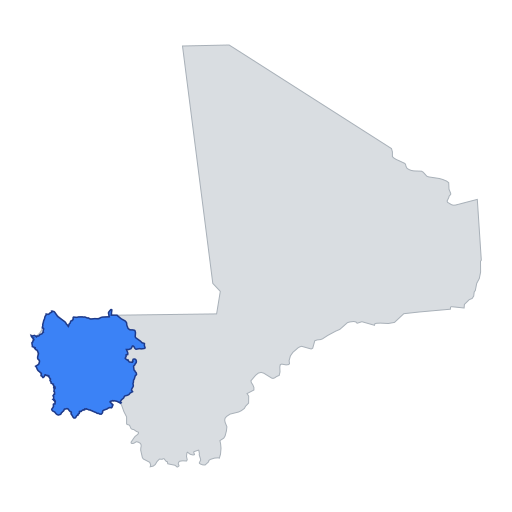 Kayes highlighted on a map of Mali
{"feature_id": "MLI-2793", "entity_name": "Kayes", "entity_type": "Region", "adm_level": 1, "iso_a3": "MLI", "parent_name": "Mali", "parent_adm1": "", "projection": "albers", "projection_center": [-10.556, 13.794], "detail": "fine", "context": "in_parent", "style": "filled", "palette": "blue", "viewbox_px": 512, "rotation_deg": 0, "n_neighbors": 0, "source": "natural_earth", "source_scale": "10m", "svg_char_len": 9321}
<svg xmlns="http://www.w3.org/2000/svg" viewBox="0 0 512 512"><path d="M55.0,403.3L55.2,401.2L53.4,399.7L53.3,399.0L54.4,392.8L54.3,391.2L55.0,388.0L53.8,386.6L53.6,385.6L50.7,381.5L49.8,378.1L48.3,375.8L44.9,375.1L43.6,377.0L42.9,377.3L41.6,375.9L41.1,374.7L41.1,373.6L36.7,368.2L37.0,365.4L38.7,363.8L39.4,361.4L37.7,358.5L38.0,355.8L37.8,351.9L35.2,348.6L33.5,347.0L32.1,344.7L33.3,339.3L30.7,334.7L35.6,336.6L37.9,334.9L40.1,332.6L42.0,329.5L42.8,325.7L43.2,322.4L45.1,317.2L47.5,314.8L52.2,311.3L53.5,311.6L61.4,319.2L65.8,323.1L67.4,325.1L68.9,325.1L71.1,321.4L73.4,318.2L74.3,317.4L82.2,317.0L86.3,317.6L89.9,318.5L95.1,318.8L108.6,316.3L108.8,314.8L108.6,313.0L109.2,311.6L110.3,310.4L111.3,310.1L111.7,314.4L112.8,315.0L116.1,315.2L216.6,313.9L220.3,291.4L212.8,283.4L182.5,46.0L229.1,45.0L237.3,50.2L391.5,148.6L392.4,151.9L392.4,156.6L393.7,157.9L395.9,159.3L404.7,163.4L405.5,164.2L405.9,166.1L407.0,168.3L408.9,169.5L411.1,170.4L413.7,170.9L421.5,171.2L423.2,172.2L426.8,176.2L428.7,176.9L439.3,178.5L442.8,179.5L446.6,181.1L448.7,182.7L449.0,189.2L450.7,193.4L450.7,194.4L449.1,196.2L448.8,197.5L447.1,201.0L447.5,202.3L451.3,204.6L453.2,205.2L455.3,205.1L477.3,199.4L481.3,260.2L480.5,261.2L480.6,272.1L479.3,278.5L476.7,283.4L475.3,290.5L474.2,292.0L473.7,296.1L472.1,298.5L469.3,299.6L464.4,304.4L464.1,308.0L451.8,306.7L451.0,306.8L450.5,307.3L450.4,309.2L419.1,312.0L403.8,313.7L394.5,322.4L388.3,323.5L380.4,323.1L376.3,323.3L374.8,323.8L374.5,325.3L361.9,321.7L357.3,323.2L356.5,322.8L355.9,321.9L353.6,321.5L350.1,321.9L347.5,322.6L339.8,329.4L335.6,331.2L327.8,335.4L322.4,338.9L320.4,339.6L317.3,339.9L314.8,340.7L312.7,348.2L311.2,349.0L301.6,346.3L299.7,346.9L298.1,347.8L292.9,352.3L290.4,355.9L289.1,360.6L289.5,363.7L288.6,364.6L286.1,364.9L281.7,364.1L280.3,364.6L279.8,366.9L280.0,371.9L279.2,375.4L276.6,376.5L274.6,377.9L273.0,378.4L271.7,378.1L263.8,373.2L261.2,372.4L258.3,373.1L255.6,375.3L250.9,380.8L251.4,382.7L252.8,384.8L253.9,387.5L253.9,390.0L247.0,393.6L248.7,396.1L248.6,403.1L245.5,406.3L244.4,408.4L241.3,410.7L238.6,412.0L230.1,414.1L226.6,416.4L225.1,418.2L224.7,420.1L225.1,422.3L226.9,426.8L226.4,431.0L225.1,435.9L223.8,438.1L219.9,440.6L220.6,443.8L221.0,448.3L220.5,454.2L219.3,458.2L218.4,457.8L214.5,458.1L210.4,459.4L208.9,460.4L208.6,461.8L205.1,465.0L202.8,464.9L200.6,464.1L199.4,463.3L199.3,462.8L200.6,460.2L200.6,459.3L199.2,454.8L199.4,453.7L198.8,450.3L198.5,450.1L193.9,451.7L193.7,452.3L194.5,454.5L194.0,454.9L192.4,454.9L190.1,454.2L187.5,452.2L186.9,452.9L186.7,454.5L186.5,456.4L187.2,459.7L186.6,461.0L182.6,460.8L179.4,461.3L178.6,462.5L178.2,463.9L179.0,465.4L178.9,466.0L177.6,467.0L176.9,466.9L175.1,465.3L167.8,463.8L167.2,461.5L166.3,461.5L164.0,458.7L163.0,458.8L162.2,459.3L159.4,459.1L157.0,461.6L155.2,464.6L153.2,466.1L150.2,466.8L150.7,464.9L149.7,462.3L143.4,459.0L142.4,457.7L140.7,450.2L140.8,448.0L141.2,446.0L141.0,444.5L140.3,443.3L138.4,442.2L136.4,441.7L133.9,443.2L132.8,443.5L131.6,443.4L131.1,442.9L131.1,442.1L133.8,438.1L135.1,436.4L137.7,434.4L138.4,433.4L138.5,432.6L138.2,432.1L136.4,431.4L133.7,429.5L132.2,429.3L131.0,428.5L129.7,425.6L129.1,425.0L127.8,424.7L126.6,424.0L126.6,416.9L123.9,411.6L121.5,404.9L120.3,403.3L118.1,402.0L115.5,401.0L113.1,400.8L110.5,401.6L110.5,402.2L112.0,404.4L112.3,405.6L112.0,406.7L111.5,407.5L108.0,408.3L103.2,410.8L101.6,413.6L100.5,414.0L98.7,413.6L86.0,408.8L80.7,410.9L77.3,415.2L76.4,416.6L74.8,417.7L73.9,417.8L73.0,417.0L69.3,410.6L67.7,409.0L65.7,409.0L64.0,410.0L62.2,412.2L60.0,414.1L58.6,414.7L57.3,414.4L52.1,410.1L51.9,409.2L54.2,404.1L55.0,403.3Z" fill="#d9dde1" stroke="#a8b0b8" stroke-width="1"/><path d="M43.1,377.6L42.9,377.6L42.6,377.3L42.2,376.3L41.0,375.7L41.0,375.4L41.4,373.9L41.4,373.4L41.2,373.1L40.5,372.8L39.9,372.0L38.3,370.8L37.8,370.2L37.2,369.2L36.9,368.2L36.3,367.1L35.9,366.5L35.6,366.2L37.9,364.9L38.9,363.9L39.3,362.7L39.5,361.5L39.5,360.9L39.3,360.4L38.8,359.8L37.9,359.0L37.6,358.2L37.6,357.0L38.2,354.9L38.5,353.7L38.4,353.1L37.4,350.7L37.1,350.2L36.7,350.0L35.7,349.6L35.1,348.9L34.8,348.5L35.2,348.4L35.4,348.0L35.2,347.7L32.3,346.6L32.3,345.4L31.9,343.0L32.0,342.5L32.8,342.0L32.9,341.0L33.8,340.0L33.9,339.5L33.2,339.1L33.1,338.8L33.5,338.0L32.7,337.9L32.3,337.7L31.9,337.0L31.4,336.5L31.2,335.7L31.6,335.9L32.2,336.0L32.8,335.9L34.0,335.5L34.6,335.4L35.0,335.7L36.2,336.7L36.5,336.9L36.7,336.5L36.9,336.1L37.1,335.9L37.6,336.1L38.1,336.1L38.7,335.9L39.2,335.6L39.8,334.7L40.2,334.4L41.3,334.1L41.8,333.9L42.2,333.5L42.6,332.9L42.9,332.4L43.4,332.2L43.1,331.6L43.1,331.4L43.3,330.4L43.6,329.5L43.7,328.9L43.6,328.5L43.4,328.2L43.1,328.0L42.9,328.0L42.6,328.1L42.3,327.9L42.4,326.9L42.8,325.8L42.8,325.5L42.7,324.8L42.8,324.2L43.3,322.7L43.6,320.9L44.5,318.9L44.9,316.9L45.3,316.0L46.0,315.2L46.1,314.0L46.9,314.1L47.6,314.3L48.3,314.4L49.1,314.0L50.1,312.9L50.6,312.7L51.6,312.3L51.9,312.0L51.9,311.6L51.6,311.1L51.9,311.0L53.4,311.4L54.1,311.6L54.8,312.3L57.3,316.0L57.8,316.6L64.8,321.7L65.6,322.6L66.4,324.1L67.4,325.1L68.3,326.5L68.6,326.0L69.0,324.4L69.2,323.9L70.0,323.2L70.3,322.8L70.5,321.7L70.7,321.2L71.2,320.8L72.0,320.7L72.3,320.2L73.0,319.7L73.2,319.1L73.1,317.9L73.2,317.4L73.5,317.1L74.0,317.1L75.6,317.3L76.8,317.4L78.8,316.9L79.3,317.0L79.7,316.9L82.5,316.9L83.3,317.1L84.6,317.0L85.0,317.0L87.3,318.0L88.3,317.9L89.9,318.8L90.5,319.0L91.6,319.0L94.8,318.6L98.0,318.8L99.0,318.6L100.6,317.7L101.1,317.4L102.5,317.1L109.3,316.8L108.5,313.4L108.5,312.6L108.9,311.9L110.6,309.8L111.1,309.5L111.8,309.8L111.8,310.7L111.5,312.6L111.3,315.2L117.0,315.2L117.6,315.8L120.4,318.1L121.2,318.8L125.1,320.9L126.3,322.3L126.6,323.0L126.8,325.2L128.1,328.5L129.9,329.8L132.8,329.9L134.6,330.3L135.0,330.8L135.5,332.7L135.2,336.8L135.8,337.8L140.4,341.1L142.1,342.8L144.1,343.3L144.5,343.7L144.3,345.2L145.1,347.9L144.2,348.5L141.2,348.9L139.7,348.6L137.7,348.9L136.5,349.2L135.7,349.1L134.9,348.4L134.1,346.9L133.5,346.2L132.9,345.9L132.3,346.1L131.7,347.5L130.8,348.8L129.7,349.1L128.8,349.5L126.4,349.5L127.7,352.6L127.8,353.2L127.8,353.8L127.7,354.6L127.3,354.7L126.8,354.5L126.2,354.7L126.0,355.1L126.2,356.1L126.0,356.6L125.7,357.1L125.6,357.6L125.2,358.1L125.3,358.4L125.4,358.6L126.3,359.4L127.1,359.7L127.4,360.3L127.6,360.4L127.8,360.4L128.1,360.1L128.9,361.6L129.4,362.0L131.8,362.3L132.5,362.3L132.8,361.6L132.4,361.5L132.5,361.1L132.9,360.2L133.0,359.5L133.2,359.2L133.7,359.1L134.7,359.0L135.4,359.3L136.0,359.9L136.3,360.8L136.4,361.2L136.2,362.7L135.3,363.7L134.7,365.0L133.9,365.7L133.6,366.1L133.6,366.7L134.0,370.0L134.7,370.6L134.9,370.9L135.2,371.7L136.0,372.5L136.3,373.0L136.5,374.1L136.5,374.6L136.2,375.0L135.5,375.4L135.3,375.7L134.6,377.8L134.4,378.8L133.6,380.0L133.5,380.6L133.4,382.4L133.0,383.4L133.0,383.8L133.3,385.3L133.3,386.0L133.0,386.8L131.8,388.8L131.6,389.5L131.5,390.2L131.8,390.6L132.2,391.0L132.6,391.7L130.2,393.0L129.8,393.4L129.1,394.4L128.0,395.0L126.7,395.5L125.5,395.7L124.5,396.2L123.6,398.0L121.4,399.9L120.2,402.0L121.2,402.7L120.7,403.2L117.4,401.5L116.2,401.1L114.1,400.7L113.7,400.7L113.3,401.0L112.4,400.6L112.2,400.7L111.7,401.0L110.4,401.3L110.0,401.8L110.1,402.1L111.1,403.1L111.8,403.5L112.0,404.2L112.7,404.5L112.9,404.6L112.9,405.0L112.8,405.5L112.5,406.0L112.2,406.1L112.3,406.7L112.1,407.1L111.5,407.8L109.8,407.5L109.3,407.6L108.2,408.1L107.2,408.9L104.0,410.0L103.1,410.6L102.7,411.0L102.5,411.5L102.6,412.5L102.4,412.9L101.4,414.1L99.9,414.1L99.4,413.9L98.6,413.4L98.3,413.3L97.3,413.4L96.8,413.1L95.8,412.4L94.8,412.1L93.8,411.6L92.9,411.3L92.0,410.7L91.0,410.5L90.1,409.9L89.2,409.9L88.7,409.8L87.7,409.3L86.8,409.2L86.5,408.8L86.2,408.7L85.2,409.1L85.0,409.4L84.7,409.1L84.5,409.5L83.8,409.7L83.8,410.1L83.4,410.0L83.1,409.8L81.7,410.8L81.3,411.4L79.9,411.3L79.4,411.5L79.4,411.8L79.6,412.4L79.3,412.6L79.3,413.4L78.8,413.8L78.2,414.0L77.9,414.4L78.1,415.0L77.1,415.5L76.6,415.8L76.4,416.1L76.0,417.0L75.7,417.5L75.4,417.8L75.0,418.0L73.9,418.0L73.1,417.2L71.9,415.0L71.2,414.2L71.1,413.9L71.1,413.7L71.4,412.9L71.3,412.1L70.8,411.7L70.1,411.4L69.5,410.9L68.3,409.2L67.9,408.8L67.2,408.6L66.6,408.6L65.4,409.0L64.8,409.0L64.4,409.1L64.2,409.4L63.8,410.6L63.5,411.0L62.6,411.6L62.0,412.4L61.4,412.7L61.2,413.5L60.9,414.0L60.5,414.4L59.6,414.6L58.7,415.0L58.2,415.0L57.0,414.5L56.0,413.7L54.9,412.2L54.4,411.8L52.7,411.0L52.2,410.5L51.7,409.4L52.2,408.5L52.9,407.7L53.5,406.6L53.5,405.9L53.3,404.8L53.4,404.2L53.8,403.9L54.5,404.0L55.0,403.9L55.1,402.6L55.3,401.8L55.3,401.2L55.0,400.7L54.7,401.2L54.3,399.8L54.0,399.9L53.9,400.2L53.9,400.4L53.7,400.2L53.4,399.6L52.9,399.4L53.1,399.2L53.6,398.9L53.7,398.6L53.6,397.9L53.7,396.7L53.6,396.4L53.1,396.1L53.0,395.7L53.4,395.3L53.7,394.6L54.5,394.4L54.7,394.0L54.6,393.7L54.4,393.2L54.5,392.9L54.6,392.6L54.5,391.9L54.3,391.5L54.2,391.3L53.9,391.2L54.1,390.6L54.0,390.2L54.4,389.3L54.0,388.9L54.0,388.7L54.7,388.7L55.1,388.4L55.1,387.2L55.0,386.9L54.7,386.7L54.7,387.2L54.5,387.5L54.1,387.6L53.7,387.5L53.9,386.4L54.1,386.1L53.8,385.9L53.2,384.8L53.4,384.2L52.7,384.0L51.6,383.3L51.1,383.2L51.0,382.7L51.0,381.7L50.1,380.7L50.0,380.2L50.1,379.9L50.5,379.3L50.5,379.0L50.4,378.8L49.8,378.2L49.1,377.2L48.9,376.7L48.9,376.1L48.4,376.2L48.1,376.2L48.0,375.9L48.0,375.5L47.9,375.4L46.4,375.5L46.1,375.3L45.8,374.8L45.4,374.7L44.9,374.9L44.7,375.4L44.4,376.5L43.1,377.6Z" fill="#3b82f6" stroke="#1e3a8a" stroke-width="1.5"/></svg>